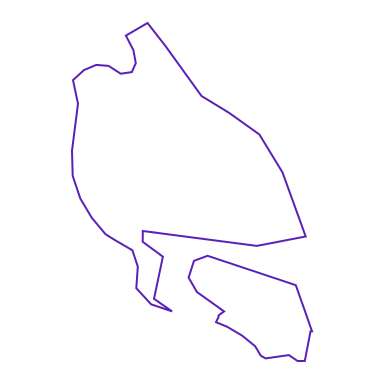 the border of Herceg Novi
{"feature_id": "MNE-1506", "entity_name": "Herceg Novi", "entity_type": "Municipality", "adm_level": 1, "iso_a3": "MNE", "parent_name": "Montenegro", "parent_adm1": "", "projection": "orthographic", "projection_center": [18.544, 42.482], "detail": "fine", "context": "isolated", "style": "outline", "palette": "violet", "viewbox_px": 384, "rotation_deg": 0, "n_neighbors": 0, "source": "natural_earth", "source_scale": "10m", "svg_char_len": 780}
<svg xmlns="http://www.w3.org/2000/svg" viewBox="0 0 384 384"><path d="M136.3,288.2L137.8,266.6L132.4,250.3L113.8,239.4L105.5,234.2L91.7,217.7L80.3,198.5L72.7,175.9L72.0,150.7L78.0,103.7L73.0,80.1L84.1,70.0L96.2,64.9L108.6,65.9L120.7,73.7L131.8,72.1L135.8,63.2L133.4,50.2L125.9,35.6L147.5,23.0L165.3,45.8L201.5,96.0L229.3,113.0L259.4,134.5L282.5,172.4L305.7,236.5L256.8,245.9L142.8,231.0L142.7,241.8L162.9,256.7L154.0,298.8L172.1,311.4L151.1,304.3L136.3,288.2ZM310.5,331.3L304.8,361.0L297.6,361.0L288.9,355.1L265.6,358.4L260.8,355.7L255.2,346.3L242.1,335.6L227.0,326.7L216.0,322.2L218.5,317.1L218.6,315.5L219.7,314.5L224.1,311.4L197.0,292.1L188.6,277.6L194.0,260.8L207.6,255.8L295.8,285.2L304.6,310.1L312.0,331.3L310.5,331.3Z" fill="none" stroke="#5b21b6" stroke-width="2"/></svg>